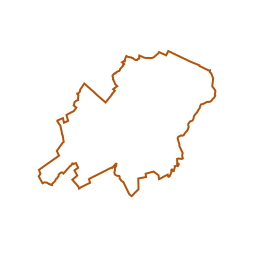 Ciumeghiu, Bihor, Romania (Robinson projection), rotated 304°
{"feature_id": "2599482B64169644321077", "entity_name": "Ciumeghiu", "entity_type": "district", "adm_level": 2, "iso_a3": "ROU", "parent_name": "Romania", "parent_adm1": "Bihor", "projection": "robinson", "projection_center": [21.631, 46.706], "detail": "fine", "context": "isolated", "style": "outline", "palette": "amber", "viewbox_px": 256, "rotation_deg": 304, "n_neighbors": 0, "source": "geoboundaries", "source_scale": "gbopen_adm2", "svg_char_len": 5624}
<svg xmlns="http://www.w3.org/2000/svg" viewBox="0 0 256 256"><g transform="rotate(304 128 128)"><path d="M203.8,182.1L203.9,181.5L204.5,181.2L206.0,180.6L207.8,179.5L207.9,179.4L208.0,179.3L208.9,176.7L209.4,175.2L209.5,174.8L209.7,174.6L210.1,174.3L216.3,171.1L216.6,171.0L216.9,170.6L219.5,167.0L219.7,166.6L219.8,166.4L220.0,165.0L220.1,164.7L220.3,164.5L221.6,163.7L220.9,163.1L219.4,152.5L219.9,152.2L218.3,144.5L217.8,141.8L215.4,126.0L214.9,122.2L214.9,121.9L214.3,118.4L209.6,119.0L209.0,115.4L208.9,115.0L208.5,112.8L208.3,111.3L207.2,111.3L206.7,111.3L202.9,110.3L201.4,110.0L201.1,109.9L200.1,109.2L199.3,108.5L198.6,107.6L197.6,105.9L197.0,105.0L196.4,104.2L195.9,103.2L195.7,102.8L195.3,101.8L195.2,101.1L195.0,99.9L195.0,99.6L194.8,98.8L194.6,98.1L194.4,97.7L194.6,97.0L194.5,96.8L193.8,97.1L193.3,97.4L192.8,97.8L192.5,98.2L192.2,98.3L191.9,98.4L191.7,98.4L191.4,98.3L191.2,98.2L190.9,97.7L190.7,97.6L190.2,97.5L189.7,97.5L189.3,97.5L189.2,97.4L188.8,96.6L188.4,94.7L188.6,92.9L188.5,92.5L188.3,92.1L188.4,91.8L188.4,91.6L188.4,91.4L188.3,91.2L188.2,90.8L187.9,90.5L187.6,89.9L187.5,89.4L187.3,89.0L187.0,88.7L186.8,86.4L186.1,86.5L185.3,86.6L182.9,87.2L182.6,87.4L182.1,87.9L181.8,88.0L181.6,88.0L181.3,88.0L181.2,88.0L181.1,87.8L181.1,87.2L179.1,86.3L178.9,89.1L178.4,89.0L178.0,89.0L177.9,88.8L177.8,88.6L177.7,88.6L177.4,88.7L177.1,88.8L176.7,89.1L174.1,88.7L173.1,88.6L172.5,88.5L171.1,88.9L170.7,88.9L170.4,88.8L170.2,88.6L169.7,88.2L168.7,87.6L168.0,87.3L167.4,87.4L166.9,86.8L166.7,86.7L166.2,86.8L165.7,86.7L165.5,86.3L165.4,86.2L165.2,86.1L164.5,86.1L163.3,85.8L163.0,85.8L162.8,85.9L162.4,86.2L161.7,86.8L161.6,87.0L161.5,87.4L161.2,87.6L160.9,87.8L160.0,88.3L159.9,88.5L159.8,89.1L159.7,89.2L159.4,89.4L159.3,89.5L159.2,89.6L159.1,89.9L158.7,90.8L158.2,91.4L157.3,92.7L157.1,93.7L156.7,95.7L151.9,94.0L151.6,96.2L146.9,95.7L146.8,96.0L136.6,95.1L138.2,82.8L138.4,81.2L138.6,80.9L140.4,66.9L133.3,66.9L130.9,67.8L129.8,67.6L128.8,67.2L128.5,67.0L128.0,66.6L127.9,66.7L127.6,68.1L127.5,68.6L127.1,68.7L126.3,69.2L125.3,69.6L123.2,71.0L122.3,70.3L121.8,70.0L121.2,69.7L120.9,69.6L120.3,69.4L119.6,69.3L118.6,69.5L117.9,69.9L117.6,70.0L116.9,70.4L116.3,70.4L116.0,73.8L115.5,73.8L115.2,73.8L111.9,73.6L111.3,73.4L110.7,73.0L107.5,71.3L104.4,69.7L103.6,70.6L100.4,74.4L96.6,72.0L99.8,68.5L94.7,65.3L94.2,65.5L93.4,67.4L93.0,68.0L92.8,68.5L92.4,70.3L92.2,70.5L91.6,71.2L91.2,71.5L88.4,74.5L85.8,77.1L85.8,77.3L85.7,77.6L84.6,78.7L80.6,82.4L80.4,82.5L79.8,82.3L79.4,82.1L69.2,81.8L66.5,86.3L61.5,84.4L54.5,81.7L54.3,81.6L43.5,77.6L42.0,79.7L41.1,81.0L38.0,81.0L34.8,87.2L34.4,88.1L36.0,88.9L36.1,89.0L36.9,90.4L37.3,91.2L37.4,92.0L37.4,93.0L37.3,93.4L37.4,93.8L37.6,94.0L37.5,94.8L38.0,95.6L37.9,96.4L38.2,97.0L39.3,96.4L42.6,97.1L43.2,97.1L44.0,97.1L45.2,96.8L45.6,96.9L46.2,97.2L46.7,97.3L47.7,97.2L48.1,97.2L48.8,97.4L49.2,97.4L49.5,97.2L50.3,96.7L50.7,96.6L51.1,96.6L51.6,96.7L53.8,97.5L54.0,97.8L54.3,98.3L54.3,98.7L54.2,100.0L54.7,100.0L61.6,101.0L64.3,101.3L64.7,101.6L65.1,101.8L65.6,101.9L66.1,101.9L67.3,101.7L67.3,101.8L67.6,101.9L67.8,102.1L67.6,102.9L67.6,103.0L68.7,103.6L69.2,104.0L69.8,104.6L67.1,108.9L63.0,107.3L60.2,112.5L54.0,110.8L51.7,119.6L50.4,121.3L52.7,122.2L61.4,127.2L63.8,124.3L64.1,124.4L64.6,124.5L79.3,132.8L82.3,134.4L86.8,137.0L86.6,137.2L91.8,138.0L91.9,138.4L91.3,138.6L90.8,138.8L90.0,139.4L89.6,139.5L88.2,139.4L87.8,139.4L87.4,139.5L86.3,140.4L86.1,140.5L85.4,140.9L84.9,141.1L84.1,141.3L83.7,141.4L83.4,141.7L83.1,141.9L82.7,142.4L82.4,142.7L82.2,143.2L82.1,144.1L82.1,144.8L82.3,145.6L82.4,146.0L83.0,146.9L83.3,147.4L83.3,147.8L82.9,148.3L82.1,148.9L81.6,149.3L81.3,150.0L81.1,150.4L80.6,151.9L80.5,152.6L80.5,153.2L80.5,153.8L80.7,154.3L79.4,156.4L78.7,157.6L77.7,159.3L76.4,161.7L75.8,162.7L75.0,163.9L73.9,166.0L73.8,166.9L73.6,168.3L73.5,169.0L74.1,169.3L75.0,169.5L76.3,169.6L77.8,169.8L79.8,170.3L83.2,170.9L91.8,164.8L92.1,165.0L93.9,166.8L97.4,170.4L100.0,168.2L106.2,173.6L105.9,179.7L103.0,182.3L104.9,183.5L107.5,184.7L111.5,187.0L110.8,187.8L110.5,188.1L110.3,188.5L110.2,188.7L110.2,188.9L110.3,189.0L111.1,189.5L111.5,189.3L113.1,189.2L113.6,189.1L116.0,188.5L116.7,188.0L116.9,187.6L117.1,187.5L118.0,187.4L118.2,187.6L117.9,188.2L117.8,188.8L117.6,189.3L117.6,189.5L117.8,189.6L118.0,190.0L120.1,189.2L121.2,189.0L121.5,188.9L121.8,188.7L122.0,188.6L122.4,188.1L123.4,188.8L124.1,189.4L124.1,190.4L124.6,190.7L125.7,190.6L126.4,190.3L126.6,190.1L126.7,189.8L126.5,189.5L125.8,188.9L125.9,188.6L126.2,188.4L126.8,188.2L127.3,187.9L127.9,187.4L129.2,186.4L129.8,186.0L131.1,187.1L131.6,188.5L132.2,189.1L132.4,189.6L132.4,189.9L133.4,190.5L135.1,188.6L135.7,188.2L137.7,187.4L138.0,187.0L141.6,181.0L142.0,180.6L143.2,179.7L144.4,178.3L147.0,175.1L147.3,174.9L148.0,174.7L148.6,174.6L148.9,174.6L150.3,175.6L151.0,175.8L151.6,176.2L151.7,176.5L151.8,176.8L151.9,177.2L152.2,177.6L152.9,178.0L153.5,178.2L154.7,178.1L155.4,178.1L159.5,178.5L160.2,178.4L160.6,178.4L161.4,178.1L162.2,177.9L162.8,177.7L163.2,177.3L163.7,176.8L163.9,176.5L164.4,176.0L164.9,175.8L165.6,175.7L167.4,175.7L167.9,175.8L168.2,175.9L168.6,176.1L169.4,176.9L169.9,177.1L170.4,177.2L170.9,177.3L171.4,177.3L172.4,177.1L173.6,176.5L174.3,176.3L174.8,176.1L175.9,176.1L178.2,176.2L179.0,176.5L179.5,176.5L180.6,176.4L182.3,176.3L183.7,176.3L184.4,176.3L184.8,176.2L186.6,175.6L187.2,175.4L187.8,175.4L188.4,175.4L188.7,175.6L189.1,175.9L189.5,176.4L190.3,177.0L191.5,177.7L192.3,178.1L193.9,179.0L194.5,179.8L194.8,180.4L195.3,180.9L196.1,181.6L197.2,181.9L199.4,182.0L201.6,182.5L202.5,182.4L203.7,182.2L203.8,182.1Z" fill="none" stroke="#b45309" stroke-width="2"/></g></svg>